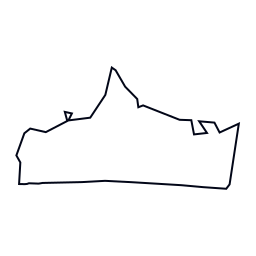 Clay, Tennessee, United States of America, rotated 182°
{"feature_id": "52423323B34914884801854", "entity_name": "Clay", "entity_type": "district", "adm_level": 2, "iso_a3": "USA", "parent_name": "United States of America", "parent_adm1": "Tennessee", "projection": "equal_earth", "projection_center": [-85.51, 36.515], "detail": "fine", "context": "isolated", "style": "outline", "palette": "ink", "viewbox_px": 256, "rotation_deg": 182, "n_neighbors": 0, "source": "geoboundaries", "source_scale": "gbopen_adm2", "svg_char_len": 628}
<svg xmlns="http://www.w3.org/2000/svg" viewBox="0 0 256 256"><g transform="rotate(182 128 128)"><path d="M17.4,136.2L36.3,126.7L41.8,136.4L57.1,137.2L48.9,125.8L61.8,123.9L65.0,138.0L76.7,138.0L113.7,151.1L118.4,149.1L119.8,157.3L132.3,169.2L142.4,185.3L146.3,187.8L151.8,160.3L166.1,137.0L187.8,133.5L184.6,140.6L191.7,141.9L188.9,132.9L210.0,121.0L225.7,124.0L231.4,119.1L238.6,96.7L234.4,89.8L234.9,68.2L229.1,68.3L226.9,68.6L225.1,69.3L215.3,69.3L211.5,70.1L172.7,72.3L170.1,72.5L149.1,74.4L123.6,74.0L123.4,74.0L72.5,72.7L50.6,71.5L27.7,70.7L24.5,75.2L17.4,136.2Z" fill="none" stroke="#020617" stroke-width="2"/></g></svg>